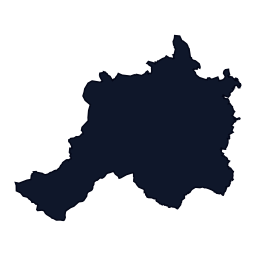 the district of Trim Lea-6, Meath, Ireland
{"feature_id": "5873133B65979893592853", "entity_name": "Trim Lea-6", "entity_type": "district", "adm_level": 2, "iso_a3": "IRL", "parent_name": "Ireland", "parent_adm1": "Meath", "projection": "albers", "projection_center": [-6.857, 53.512], "detail": "fine", "context": "isolated", "style": "filled", "palette": "ink", "viewbox_px": 256, "rotation_deg": 0, "n_neighbors": 0, "source": "geoboundaries", "source_scale": "gbopen_adm2", "svg_char_len": 5825}
<svg xmlns="http://www.w3.org/2000/svg" viewBox="0 0 256 256"><path d="M240.6,84.5L240.3,83.7L239.8,83.7L238.8,82.5L238.8,82.1L236.9,80.3L237.9,79.9L237.1,78.7L235.7,78.2L234.9,79.0L236.4,80.0L236.1,80.7L235.8,80.7L234.6,79.9L234.1,79.0L232.9,78.2L231.9,76.9L231.5,77.1L230.0,76.6L229.0,77.1L228.7,76.8L228.1,75.8L229.6,74.8L228.7,71.3L228.5,69.3L225.4,69.8L224.0,71.2L223.6,72.9L223.6,73.5L225.0,75.6L225.3,76.8L224.9,77.8L223.8,79.2L222.4,80.1L219.1,80.8L217.8,77.1L211.8,79.3L210.1,78.7L209.7,77.9L207.7,78.1L207.2,79.7L205.4,79.6L200.3,77.9L200.1,78.2L196.3,75.2L195.7,74.3L195.2,72.5L193.7,70.8L193.1,69.5L193.7,69.0L194.8,69.2L195.9,68.8L197.0,69.2L197.2,68.8L197.0,68.3L197.9,67.1L199.8,68.2L200.1,67.1L199.2,63.9L195.4,60.9L192.6,60.1L191.6,59.0L191.4,57.8L190.3,57.2L189.0,48.7L188.3,47.9L187.6,45.8L186.7,44.1L183.1,41.2L181.8,40.7L179.7,36.1L174.7,35.6L174.5,37.9L174.0,39.8L173.2,41.4L173.7,45.0L174.5,45.9L174.5,47.6L175.6,48.7L174.1,55.1L173.6,54.7L173.0,54.9L173.7,55.7L173.3,58.3L174.0,58.2L173.9,58.4L172.7,58.8L170.9,57.9L169.7,58.1L166.3,56.0L165.5,57.2L164.7,57.9L162.6,58.6L158.0,61.4L157.7,61.2L157.1,62.5L155.2,62.1L154.9,63.8L153.1,62.8L148.4,61.5L146.9,63.4L148.1,63.8L148.8,64.8L151.7,66.6L151.6,68.5L151.8,71.4L151.3,73.2L150.7,73.7L149.6,73.2L148.7,73.5L148.3,73.9L148.0,73.3L148.1,71.7L147.5,71.1L146.1,72.1L145.0,73.7L141.6,75.6L136.7,74.5L136.1,74.5L135.4,75.2L134.4,74.8L130.5,76.2L122.1,75.2L118.3,73.5L117.4,75.4L115.7,77.5L115.4,78.7L114.1,79.0L113.3,79.5L113.2,80.2L112.5,80.6L110.0,76.4L107.7,75.1L107.1,73.8L105.4,72.7L105.4,72.3L103.5,71.7L103.5,72.6L99.9,73.2L99.6,75.1L100.0,75.5L99.9,76.6L102.4,81.2L100.1,82.3L92.1,81.0L88.1,83.2L84.8,88.8L84.2,92.0L83.0,96.0L85.2,100.3L90.4,104.7L88.7,110.4L88.1,117.6L88.3,120.7L82.1,127.3L81.5,130.4L82.4,131.2L82.9,132.5L83.0,133.9L81.8,134.1L79.8,136.3L77.9,136.8L76.2,136.7L74.2,138.1L70.7,138.5L69.6,139.7L68.8,139.9L68.9,141.7L69.9,142.4L71.8,146.1L71.8,148.4L69.9,148.2L69.5,151.8L69.5,152.6L70.9,153.9L70.0,156.1L71.0,157.3L71.2,158.6L69.1,159.6L68.4,160.6L67.8,159.8L66.4,159.9L63.3,162.2L62.6,162.9L62.0,164.4L60.8,165.5L60.5,166.1L60.6,166.6L60.2,166.7L59.5,168.2L58.5,168.6L57.4,169.9L55.9,170.7L55.5,170.4L54.3,170.8L51.8,172.3L50.2,172.6L48.3,174.0L45.6,174.8L43.7,174.4L42.5,173.5L36.8,172.4L36.2,171.6L33.8,171.8L34.0,172.0L33.6,172.4L33.1,173.5L32.0,174.0L31.9,175.5L31.4,175.5L31.1,178.6L30.7,179.6L27.1,180.2L19.0,183.3L15.4,182.6L16.3,185.4L16.4,190.8L20.6,192.7L23.3,196.1L26.7,196.9L28.0,197.6L29.2,199.1L29.9,199.3L31.8,201.2L31.7,201.9L32.0,202.2L34.0,202.3L36.0,204.2L37.0,204.0L37.9,204.9L37.5,205.9L37.6,206.2L36.8,209.6L37.6,210.5L42.1,210.1L44.1,210.8L45.5,213.3L46.7,214.4L50.8,216.9L51.9,218.0L53.7,218.5L56.3,220.0L60.3,219.9L63.3,220.4L64.3,219.9L65.2,217.4L64.9,215.1L65.3,212.2L65.9,210.8L70.6,207.5L73.8,206.2L78.7,201.8L82.3,201.3L83.7,200.5L86.6,196.2L86.9,193.9L87.4,192.8L88.3,191.8L90.9,190.6L92.0,189.7L92.7,188.0L92.7,186.2L93.7,184.6L93.9,182.3L94.4,181.6L95.9,180.5L97.4,180.1L99.8,177.8L102.1,178.1L103.7,177.2L104.7,176.2L106.2,174.0L107.4,173.1L109.9,172.5L113.5,171.2L115.5,174.2L118.4,176.3L119.1,178.2L120.6,177.8L126.4,174.6L132.8,172.6L133.5,173.4L133.8,175.1L133.6,176.1L134.2,177.8L133.9,178.9L133.8,181.3L135.7,182.6L137.0,184.8L138.9,187.1L143.9,189.2L144.5,190.6L144.3,191.6L144.6,191.9L144.4,192.5L145.1,192.5L145.6,193.1L145.8,194.9L146.7,195.1L146.8,195.9L146.5,195.7L147.1,197.0L148.4,197.5L151.9,197.7L154.1,198.7L155.4,198.7L156.3,199.2L156.4,200.2L156.2,200.4L156.5,201.1L157.5,201.6L159.8,203.4L159.9,203.7L160.6,203.8L162.3,204.8L164.2,204.2L164.6,205.1L165.8,205.1L166.4,205.6L167.0,205.3L167.6,205.5L168.6,207.1L169.5,207.3L171.0,206.6L172.2,206.6L173.1,207.1L174.0,206.8L175.8,207.8L176.4,207.6L176.8,208.5L177.6,208.7L180.6,204.7L180.8,203.3L181.4,202.3L181.6,200.3L184.4,198.1L184.3,194.9L185.9,194.8L188.3,192.5L188.5,193.1L190.0,192.1L190.9,190.5L192.0,189.3L195.4,187.2L200.0,187.6L202.5,186.9L204.6,187.7L205.8,187.6L208.4,188.4L212.0,189.9L214.3,191.3L214.3,191.8L216.1,192.4L216.4,193.1L219.5,193.7L220.6,193.4L220.8,193.0L222.5,195.0L223.2,195.2L223.7,194.1L224.1,192.3L225.2,191.3L225.6,190.4L226.1,189.0L226.0,188.0L226.4,188.0L226.6,187.5L226.3,186.7L228.2,186.4L228.6,185.7L229.3,185.7L229.4,184.5L230.1,183.7L229.6,182.9L230.6,181.6L230.3,181.3L230.3,180.6L232.0,179.7L232.5,180.2L233.2,179.3L232.2,178.3L232.6,177.3L232.9,175.2L232.6,173.9L233.3,171.5L232.9,171.4L230.5,168.1L229.1,168.6L229.1,167.5L228.7,166.8L227.9,166.7L227.6,166.4L227.7,163.3L229.5,161.1L227.3,160.1L227.4,159.2L227.0,158.2L225.5,157.0L224.7,157.1L224.1,155.9L222.9,156.0L222.0,155.5L223.1,154.5L223.5,153.6L221.7,152.7L221.3,152.1L221.1,151.7L221.3,151.1L220.9,150.6L221.6,149.8L220.6,149.2L221.2,148.0L223.9,149.1L225.4,149.2L225.3,148.8L227.1,145.6L227.9,142.8L227.9,140.2L227.5,138.6L229.1,138.9L229.6,138.1L229.0,136.9L229.4,136.8L229.5,136.1L229.0,135.7L228.7,134.7L233.1,132.2L232.1,131.3L232.1,129.9L233.4,127.1L231.5,125.9L231.6,125.2L233.0,123.8L233.6,122.4L235.1,121.8L235.6,121.3L235.4,120.6L236.7,119.6L237.4,119.5L236.9,118.8L235.3,119.2L235.5,118.7L235.9,118.7L235.5,118.1L234.5,118.4L234.5,119.0L234.2,119.0L234.3,117.9L234.6,117.7L232.1,115.5L232.7,115.1L234.0,112.2L234.6,111.7L233.1,109.9L232.9,108.8L232.4,108.0L232.4,106.7L231.5,106.0L229.6,103.3L228.5,103.7L229.1,101.4L228.0,99.2L227.7,98.8L226.8,99.0L225.8,98.6L223.9,98.4L224.0,97.2L223.8,96.7L222.6,96.3L223.1,95.1L228.3,97.1L230.1,94.9L229.5,93.9L230.6,92.3L232.3,91.1L233.6,89.2L232.6,88.5L234.4,87.8L233.8,87.1L234.6,86.3L234.7,85.8L237.0,85.2L238.4,87.7L239.7,87.7L239.8,86.7L240.0,86.9L240.4,86.4L240.3,85.7L240.5,85.4L240.2,85.3L240.6,85.1L240.4,84.9L240.6,84.5ZM237.9,117.7L238.6,118.8L239.6,119.1L239.9,118.6L239.6,118.1L238.8,118.7L237.9,117.7Z" fill="#0f172a" stroke="#020617" stroke-width="1.5"/></svg>